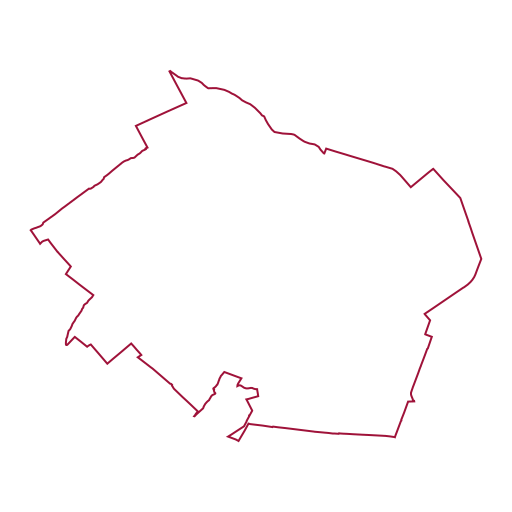 Nicolae Balcescu, Constanta, Romania
{"feature_id": "2599482B82722898963423", "entity_name": "Nicolae Balcescu", "entity_type": "district", "adm_level": 2, "iso_a3": "ROU", "parent_name": "Romania", "parent_adm1": "Constanta", "projection": "equal_earth", "projection_center": [28.337, 44.408], "detail": "fine", "context": "isolated", "style": "outline", "palette": "rose", "viewbox_px": 512, "rotation_deg": 0, "n_neighbors": 0, "source": "geoboundaries", "source_scale": "gbopen_adm2", "svg_char_len": 5715}
<svg xmlns="http://www.w3.org/2000/svg" viewBox="0 0 512 512"><path d="M314.0,431.6L314.3,431.7L320.0,432.2L325.3,432.7L326.7,432.8L328.7,433.0L332.5,433.5L333.1,433.5L334.1,433.5L338.7,433.8L338.8,433.6L339.0,433.3L340.5,433.5L343.5,433.7L346.1,433.8L349.7,434.0L352.8,434.2L354.6,434.3L362.2,434.7L368.7,435.0L378.1,435.5L385.4,435.9L390.0,436.4L394.7,437.1L394.9,437.2L395.5,435.4L396.8,432.0L400.7,421.6L400.9,421.1L401.2,420.8L401.4,420.6L401.4,420.0L401.3,419.7L403.7,413.7L404.2,412.4L408.1,401.6L414.2,401.4L414.1,400.9L413.3,401.0L412.6,398.8L411.6,396.4L411.1,394.9L411.0,394.1L411.0,393.3L411.0,392.8L411.4,391.5L411.9,390.0L412.5,388.3L413.0,386.8L413.6,385.3L418.2,373.1L419.2,370.3L419.6,369.1L420.5,366.8L420.8,366.2L420.9,365.7L423.3,359.4L424.4,356.5L425.0,354.9L427.2,348.9L427.8,348.5L431.8,336.8L426.7,334.9L425.2,334.3L425.2,334.2L428.2,325.7L430.1,320.3L424.7,314.1L424.6,313.9L433.1,308.2L446.0,299.4L456.1,292.5L463.2,287.7L464.0,287.3L467.7,284.6L470.5,282.0L472.3,279.9L474.1,277.2L474.5,276.4L474.9,275.5L475.4,274.5L475.4,274.4L476.0,272.8L476.7,270.9L478.4,266.4L481.3,258.9L472.2,232.7L470.7,228.1L468.4,221.6L468.5,221.5L465.8,213.8L460.3,198.0L454.2,191.5L448.7,185.7L443.2,179.9L441.6,178.1L433.4,169.0L433.3,168.9L432.8,169.3L432.7,169.2L429.0,172.1L428.9,172.2L426.7,174.0L410.8,187.2L401.8,176.8L400.1,174.9L396.1,171.3L392.5,168.8L385.1,166.6L384.8,166.5L384.5,166.5L373.4,162.9L366.8,160.9L361.1,159.2L350.1,155.9L345.2,154.4L335.5,151.5L326.2,148.6L324.3,153.5L324.2,153.5L323.6,153.1L321.1,150.3L320.4,149.5L320.0,148.9L319.3,147.8L318.8,147.0L318.6,146.8L315.2,144.7L314.6,144.4L311.3,143.8L309.9,143.6L309.2,143.4L308.9,143.3L304.8,141.8L304.0,141.4L303.0,140.8L299.5,138.5L294.6,134.9L294.1,134.7L293.9,134.6L293.1,134.4L291.1,134.0L289.2,133.9L282.7,133.5L274.5,132.0L271.8,129.5L268.0,124.0L265.8,120.1L264.2,116.5L263.8,116.2L262.0,115.4L261.6,114.9L260.4,113.3L254.9,107.8L251.8,105.4L250.2,104.2L246.0,102.4L242.1,100.3L239.5,98.0L237.4,96.6L235.1,95.1L233.6,94.3L232.8,94.0L231.9,93.6L229.1,91.9L224.7,90.0L224.1,89.8L216.2,88.1L215.7,88.1L210.0,88.2L208.5,88.3L208.2,88.2L207.9,88.1L205.3,86.2L203.7,84.9L201.9,83.0L201.5,82.7L198.8,81.0L197.9,80.5L191.4,78.6L190.2,78.3L189.4,78.4L187.8,78.5L186.8,78.6L184.6,78.5L182.2,78.2L181.8,78.2L181.7,78.2L180.2,77.6L178.9,77.1L177.9,76.7L176.8,75.8L174.4,74.1L172.7,72.9L171.4,72.0L170.6,71.3L170.2,71.0L169.9,71.2L169.5,71.4L172.0,76.1L176.9,85.3L186.4,103.0L167.6,111.4L149.8,119.5L140.9,123.6L135.9,125.9L142.8,138.9L147.5,147.6L147.1,147.8L146.0,148.1L145.8,148.3L145.5,148.5L145.8,149.2L144.5,149.9L142.4,150.8L141.7,151.4L141.1,152.1L140.0,153.2L138.3,154.3L137.8,154.5L136.4,155.8L134.6,157.5L133.9,157.8L132.8,158.0L131.0,158.1L130.6,158.3L128.6,159.6L127.5,160.1L126.0,160.5L124.0,161.4L122.2,162.6L118.3,165.8L112.4,170.6L109.2,173.4L107.2,175.0L104.1,177.2L103.7,178.8L102.5,180.0L101.1,181.8L100.2,182.5L98.2,183.9L97.0,184.6L95.2,185.4L95.1,185.5L94.4,185.8L93.5,186.9L90.8,188.6L89.6,188.8L89.0,188.6L77.8,196.8L68.2,204.0L64.6,206.7L62.2,208.4L61.2,209.2L55.2,214.1L43.3,222.6L42.7,224.3L42.3,224.7L41.1,225.7L39.9,226.4L37.6,227.2L36.4,227.7L35.1,228.1L34.4,228.3L31.3,229.6L30.7,230.2L31.6,231.4L39.8,243.3L40.1,243.8L42.0,241.8L42.8,241.3L43.9,240.8L48.1,239.5L50.5,242.8L57.6,252.0L57.8,252.0L58.5,252.9L63.9,258.9L69.4,264.9L70.8,266.5L65.9,274.1L73.1,279.6L79.6,284.7L86.3,289.8L93.3,295.1L92.9,295.7L92.0,297.2L89.3,299.7L88.2,300.9L87.1,302.8L84.8,304.3L83.9,305.2L83.6,306.0L83.2,307.6L82.1,309.0L81.5,310.7L78.7,314.7L78.6,315.0L78.2,315.6L77.6,316.1L76.8,316.9L76.0,318.1L75.4,319.4L75.2,319.8L74.7,320.8L74.2,321.5L73.3,322.7L73.1,323.1L72.5,323.9L72.1,325.0L71.8,325.9L70.7,328.2L70.1,329.3L68.6,330.8L68.3,332.0L67.3,336.4L67.3,336.7L66.3,338.8L65.9,342.5L65.9,344.1L66.0,344.7L66.3,345.0L66.6,345.0L67.0,344.8L67.3,344.8L74.2,337.5L74.8,336.9L80.9,341.7L87.1,346.7L87.3,346.5L89.6,345.0L90.8,344.5L99.1,354.1L107.3,363.7L113.4,358.5L119.4,353.5L125.3,348.5L131.2,343.5L134.0,346.6L136.9,350.0L139.9,353.3L141.3,355.0L137.8,357.3L142.0,360.5L150.4,367.0L152.6,368.6L161.3,376.1L170.1,383.7L171.1,383.9L172.1,384.8L171.9,385.6L172.2,385.9L172.8,386.9L173.8,388.6L174.6,389.4L182.5,397.0L186.2,400.4L191.1,405.0L197.8,411.4L196.8,412.7L195.8,413.9L195.4,414.7L194.2,416.2L194.5,416.3L195.3,415.5L196.1,414.6L203.0,408.4L203.4,407.7L203.7,406.6L204.3,405.5L205.3,403.8L206.1,402.9L206.7,402.2L207.5,401.4L209.1,400.1L209.5,399.2L210.6,397.4L211.0,396.6L211.4,396.0L211.9,395.6L212.3,395.1L214.8,394.0L215.3,393.5L215.3,393.2L215.2,393.0L214.9,392.8L214.4,392.2L214.2,391.3L214.1,391.1L213.9,390.8L213.9,390.6L213.9,390.2L214.0,390.0L214.1,389.5L213.9,389.4L213.7,389.2L213.3,388.9L213.3,388.7L213.4,388.4L213.7,388.1L214.7,387.4L215.9,386.3L216.8,385.0L217.3,384.7L217.4,384.4L217.5,384.2L218.1,382.8L218.5,381.5L219.0,380.2L219.2,379.9L219.3,379.2L219.8,378.1L220.4,377.1L220.8,376.1L221.1,375.7L221.8,375.0L223.9,372.5L224.3,372.0L238.6,377.3L241.4,378.3L238.1,383.6L237.5,385.0L237.4,386.1L237.8,385.9L238.8,385.4L239.7,385.3L240.3,385.4L241.1,385.7L244.2,387.8L246.2,388.4L248.0,388.4L250.9,387.9L252.3,388.0L253.5,388.6L254.9,389.0L255.4,389.1L257.1,389.2L257.1,389.4L257.9,394.0L258.2,396.2L252.4,397.8L248.6,398.9L246.4,399.4L246.8,400.1L247.3,401.0L247.8,402.0L252.2,410.6L252.1,410.9L249.6,415.4L249.1,415.5L249.2,416.2L246.7,420.8L246.6,421.4L246.3,422.0L244.0,426.3L243.7,426.5L241.7,427.8L237.4,430.6L231.3,434.6L228.1,436.6L234.8,439.1L236.7,439.9L236.9,440.1L238.5,441.0L244.6,430.7L248.5,423.6L250.2,424.1L262.8,425.6L272.0,427.0L272.5,427.1L273.0,426.6L278.2,427.3L285.6,428.1L288.8,428.5L290.5,428.7L300.2,429.9L314.0,431.6Z" fill="none" stroke="#9f1239" stroke-width="2"/></svg>